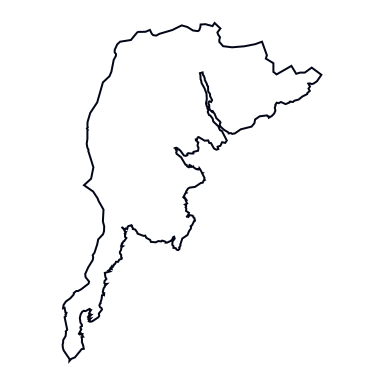 the district of Kvam nor, Hordaland, Norway
{"feature_id": "86288312B50170416612347", "entity_name": "Kvam nor", "entity_type": "district", "adm_level": 2, "iso_a3": "NOR", "parent_name": "Norway", "parent_adm1": "Hordaland", "projection": "orthographic", "projection_center": [6.141, 60.317], "detail": "fine", "context": "isolated", "style": "outline", "palette": "ink", "viewbox_px": 384, "rotation_deg": 0, "n_neighbors": 0, "source": "geoboundaries", "source_scale": "gbopen_adm2", "svg_char_len": 5928}
<svg xmlns="http://www.w3.org/2000/svg" viewBox="0 0 384 384"><path d="M117.2,44.4L114.7,49.9L114.7,52.4L116.0,54.0L115.9,55.9L113.7,59.9L111.4,71.7L109.5,76.2L102.9,82.4L97.2,102.4L90.2,113.0L87.6,121.8L87.4,125.8L87.8,127.3L86.9,128.4L87.8,130.0L87.4,130.6L87.4,138.9L86.7,143.8L87.4,147.7L88.5,149.9L88.3,151.0L93.4,167.3L91.1,178.7L84.0,185.2L93.1,191.5L97.5,198.2L98.7,201.2L103.5,209.6L102.9,221.5L104.2,226.4L104.0,231.3L103.0,234.3L98.2,239.4L97.2,244.4L94.5,252.7L92.7,255.2L93.2,257.6L92.7,260.1L88.2,267.4L85.2,274.0L85.6,277.2L89.1,281.6L88.6,283.6L81.3,289.2L78.1,291.0L76.3,291.0L73.7,293.1L73.9,294.0L73.3,295.0L70.2,298.4L65.9,301.5L63.6,304.9L63.1,308.3L64.6,307.8L65.4,312.3L66.5,312.7L66.2,314.0L65.5,314.4L65.8,316.2L64.6,317.1L67.2,329.7L65.7,331.5L66.0,332.7L65.6,336.1L63.2,340.1L63.1,342.8L62.6,344.6L62.9,348.0L63.7,350.5L69.5,359.0L69.4,361.0L71.2,358.9L74.9,357.4L81.7,349.1L83.8,348.8L83.1,345.2L81.9,342.1L82.0,339.2L81.5,337.2L82.9,336.8L82.4,336.4L82.7,336.0L82.2,334.5L82.4,334.0L81.6,334.0L81.8,335.4L80.9,333.5L79.7,334.4L78.9,333.8L81.3,329.3L80.4,327.9L80.6,326.8L81.9,326.2L81.9,324.8L80.5,322.7L79.8,318.0L80.7,314.3L82.1,311.9L83.7,310.8L85.6,311.1L89.5,308.9L90.0,309.2L89.9,310.1L90.9,310.1L89.1,313.2L89.6,313.5L89.3,314.5L89.9,314.5L89.0,315.6L90.8,315.3L88.4,317.6L89.5,318.0L88.9,318.7L89.7,318.7L89.4,319.0L90.4,318.7L89.1,320.1L89.6,320.6L89.2,321.0L90.1,321.2L89.6,321.6L90.0,321.8L92.3,321.3L98.3,317.3L99.3,315.8L98.8,313.6L102.0,309.6L101.5,308.1L100.0,307.1L99.4,305.5L99.7,304.2L100.6,303.4L100.4,302.8L101.6,299.0L102.0,295.3L103.3,295.1L103.6,294.1L104.1,294.6L104.2,293.1L103.0,292.9L102.8,292.0L103.6,288.3L104.8,286.8L104.7,286.0L106.9,283.9L105.0,284.1L104.3,283.0L104.6,280.9L106.4,279.0L105.4,277.1L104.8,272.9L110.1,271.4L108.6,270.5L110.1,269.8L109.2,269.9L110.5,269.2L110.3,268.5L111.0,268.3L110.9,267.7L111.1,267.4L111.1,268.8L111.7,269.0L111.4,267.5L112.7,267.0L113.0,266.0L113.8,265.5L113.8,264.6L115.2,263.8L116.0,261.8L118.1,261.8L119.3,259.6L121.6,258.9L121.8,257.8L121.2,257.3L121.1,254.6L120.1,253.7L119.8,252.2L121.1,249.7L121.4,247.2L122.9,246.2L121.2,245.8L122.0,244.3L121.7,244.3L121.9,243.5L123.5,241.6L122.9,241.5L124.2,241.1L126.4,238.0L125.0,236.8L125.0,234.6L125.5,234.0L124.8,233.4L126.0,231.9L125.0,231.6L123.5,228.8L121.5,227.0L123.5,228.4L124.5,230.1L124.8,230.2L125.0,229.1L125.9,228.4L127.2,229.1L127.8,226.6L128.4,226.1L131.5,225.2L132.0,225.9L131.6,226.4L132.8,227.8L132.8,229.0L135.2,229.5L137.3,232.5L137.5,233.6L143.6,235.9L145.2,235.6L146.4,237.9L150.1,239.9L150.9,241.9L155.8,242.3L158.2,241.1L161.3,241.4L162.1,240.6L165.0,241.5L165.8,242.2L165.7,242.7L166.8,242.7L170.6,241.0L172.1,239.6L173.1,237.3L173.7,236.9L174.0,237.1L173.6,238.0L174.3,237.2L174.7,238.6L172.5,241.5L172.3,244.9L173.6,246.3L173.4,247.8L175.7,248.2L176.6,249.6L178.1,250.1L179.4,249.1L179.6,247.9L179.2,247.5L180.5,245.6L180.3,244.6L182.3,238.5L187.5,235.0L189.1,231.0L190.7,228.9L191.2,227.0L190.7,226.2L192.2,225.0L194.0,221.2L194.7,221.1L195.0,220.1L194.6,219.8L194.5,218.2L193.4,217.4L193.3,216.4L192.4,215.6L189.6,215.1L188.6,216.6L188.3,216.1L186.4,217.2L188.5,214.5L189.0,212.9L186.0,210.9L186.3,208.4L185.6,207.3L186.2,206.3L186.0,205.3L185.0,204.6L187.1,203.5L185.8,200.7L186.6,200.2L185.0,197.9L184.7,198.3L184.3,197.5L184.5,196.6L183.9,197.8L183.3,197.3L185.5,193.1L186.3,192.8L186.0,192.6L186.2,191.4L188.0,188.6L189.7,187.6L195.0,186.9L200.8,183.0L202.7,182.7L203.6,180.7L204.8,180.0L204.2,179.2L204.5,177.9L202.2,173.4L202.7,173.0L202.0,172.8L200.2,169.4L199.4,169.4L199.9,169.0L199.4,168.3L199.3,168.9L196.2,169.1L193.4,167.2L193.2,166.4L191.5,166.9L190.7,166.4L190.9,165.7L189.5,165.0L189.3,165.4L189.9,167.0L188.8,167.3L187.2,166.4L186.6,164.9L185.5,164.7L181.1,157.3L176.6,153.8L176.2,152.5L176.6,151.7L176.3,150.2L175.8,149.6L175.8,148.5L175.1,148.1L176.1,147.7L177.7,148.4L178.1,149.6L179.2,149.5L180.9,151.3L183.8,155.4L185.6,155.9L187.4,155.2L187.2,154.0L188.1,153.2L192.7,153.6L193.4,153.4L193.2,152.4L193.5,151.9L198.1,150.7L198.5,147.5L197.7,146.5L197.6,144.9L198.3,142.4L197.2,141.7L196.7,140.3L195.9,140.3L195.8,139.4L197.1,139.2L197.7,137.5L198.5,137.0L204.7,140.7L208.2,140.4L209.3,143.0L211.0,143.1L214.0,148.5L216.3,149.7L218.3,149.1L217.6,146.7L220.4,145.8L222.1,142.2L225.2,142.9L226.8,140.5L221.9,131.0L219.9,130.1L218.3,126.3L213.3,121.5L212.7,118.7L210.4,115.6L209.0,115.0L207.7,111.9L208.2,110.7L208.1,109.6L207.3,108.3L207.4,106.5L206.7,106.1L206.0,103.4L206.8,99.1L206.5,93.6L204.5,88.3L201.6,83.1L201.1,80.3L200.6,79.3L200.4,75.1L199.9,73.2L202.6,72.4L203.0,75.0L203.8,75.8L204.7,78.3L204.8,79.9L206.8,83.8L207.2,85.6L208.0,86.3L208.2,91.5L210.1,94.1L210.0,96.0L212.1,100.1L211.1,102.0L209.4,101.3L208.6,102.3L208.4,103.5L209.2,104.9L209.3,108.1L209.8,109.7L211.9,111.7L212.1,111.0L212.7,111.1L214.7,114.0L216.3,118.1L220.1,121.7L220.5,122.7L220.0,123.4L219.8,125.2L220.5,126.6L224.0,129.8L228.3,132.4L228.6,133.4L231.0,133.1L232.2,133.9L234.9,133.4L240.8,129.3L251.6,126.6L254.4,123.2L255.1,119.5L259.7,116.3L267.0,115.4L267.8,116.4L268.6,116.3L268.9,117.7L271.8,116.0L274.2,113.5L275.4,110.7L274.8,107.5L275.6,105.6L275.3,104.9L276.7,102.7L278.6,103.2L280.9,102.0L285.6,104.1L289.5,102.5L289.8,102.1L289.2,102.4L289.9,101.6L293.0,102.0L294.4,100.7L298.7,99.5L302.4,96.5L307.2,94.1L307.4,93.0L309.8,90.9L308.5,88.6L310.0,86.5L308.3,83.6L310.1,83.4L311.8,84.1L313.7,83.5L317.0,81.2L321.4,74.8L311.7,67.6L304.8,72.6L300.1,72.6L296.2,73.8L291.4,65.9L276.6,74.4L273.4,71.9L273.4,63.2L265.8,58.6L266.9,55.3L262.0,41.7L255.1,44.2L244.3,46.3L232.1,47.3L223.1,46.2L219.3,41.8L219.3,39.9L220.0,37.2L218.2,34.7L217.4,32.4L220.4,28.5L214.6,23.0L212.5,26.1L205.5,24.2L200.6,24.5L200.3,27.2L199.2,30.3L197.9,31.1L193.0,30.5L187.4,27.0L181.7,25.4L172.4,30.0L159.5,33.8L156.2,35.6L153.1,35.1L151.8,33.8L149.9,29.9L145.5,31.8L138.4,31.9L137.2,32.4L130.9,40.0L120.1,41.7L117.2,44.4Z" fill="none" stroke="#020617" stroke-width="2"/></svg>